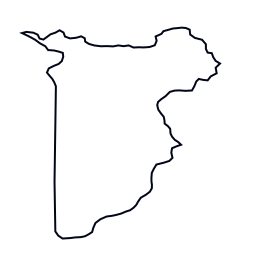 Mathias Lobato, Minas Gerais, Brazil, rotated 85°
{"feature_id": "56859067B30184964984136", "entity_name": "Mathias Lobato", "entity_type": "district", "adm_level": 2, "iso_a3": "BRA", "parent_name": "Brazil", "parent_adm1": "Minas Gerais", "projection": "equal_earth", "projection_center": [-41.945, -18.602], "detail": "fine", "context": "isolated", "style": "outline", "palette": "ink", "viewbox_px": 256, "rotation_deg": 85, "n_neighbors": 0, "source": "geoboundaries", "source_scale": "gbopen_adm2", "svg_char_len": 1667}
<svg xmlns="http://www.w3.org/2000/svg" viewBox="0 0 256 256"><g transform="rotate(85 128 128)"><path d="M71.8,30.7L68.7,34.9L64.9,36.9L60.8,38.0L59.8,42.1L56.0,43.5L51.3,43.1L46.5,46.6L44.1,53.5L40.3,57.9L35.4,58.0L33.4,61.7L32.7,65.8L32.8,70.3L32.8,74.6L33.8,79.7L34.6,84.2L37.2,86.6L39.2,92.5L43.7,91.9L47.9,94.1L49.2,99.4L49.1,105.3L48.5,110.2L48.3,115.5L45.8,120.1L46.1,125.3L44.9,130.4L45.4,135.7L44.6,141.5L44.2,147.9L42.8,154.5L40.8,159.6L38.2,163.1L34.8,163.3L32.6,166.7L33.6,171.7L33.7,177.9L31.4,182.8L27.3,183.9L24.7,187.6L26.7,192.0L27.9,197.0L30.5,201.2L32.5,204.6L31.2,208.3L27.2,209.8L24.8,214.0L23.4,220.8L24.2,225.3L27.0,220.5L29.5,216.5L32.1,212.7L35.9,208.4L39.4,203.2L43.4,200.8L44.3,195.0L45.9,190.2L47.5,186.4L51.3,186.3L55.6,188.1L58.2,191.6L59.5,196.0L61.7,201.7L65.7,203.9L68.7,201.9L72.5,199.1L76.3,197.4L80.2,196.2L175.4,205.9L224.7,209.4L229.2,206.8L232.4,202.8L232.6,195.3L232.4,190.0L232.6,184.5L232.1,180.3L230.4,176.3L228.5,172.8L224.3,171.2L219.8,168.7L216.5,163.5L214.3,157.0L214.1,151.8L213.6,147.6L212.7,142.5L211.1,137.5L210.1,133.1L207.9,129.4L205.4,126.5L202.4,124.5L198.6,121.4L195.9,115.7L193.4,111.8L190.1,109.5L186.6,109.1L183.4,109.3L179.7,109.0L174.8,108.2L171.0,105.9L166.9,102.9L165.6,94.9L164.4,89.7L161.6,86.3L156.3,87.0L152.0,85.9L150.5,81.3L149.3,76.6L146.3,79.3L143.9,82.4L140.6,84.8L137.3,86.1L132.4,86.1L129.6,88.1L126.8,91.1L123.7,91.0L120.0,91.4L116.5,93.8L112.4,96.2L107.8,96.9L104.7,95.8L102.4,92.7L99.4,87.6L95.7,83.2L94.8,78.6L95.0,73.6L96.0,67.4L96.2,61.0L92.2,58.3L87.6,55.9L85.3,53.2L86.6,49.0L87.5,44.5L83.8,41.1L81.2,34.9L75.6,35.4L71.8,30.7Z" fill="none" stroke="#020617" stroke-width="2"/></g></svg>